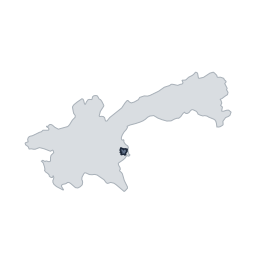 Xaythany, Vientiane [prefecture], Laos (highlighted), rotated 287°
{"feature_id": "54806243B16467343540184", "entity_name": "Xaythany", "entity_type": "district", "adm_level": 2, "iso_a3": "LAO", "parent_name": "Laos", "parent_adm1": "Vientiane [prefecture]", "projection": "mercator", "projection_center": [102.749, 18.15], "detail": "fine", "context": "in_parent", "style": "filled", "palette": "slate", "viewbox_px": 256, "rotation_deg": 287, "n_neighbors": 0, "source": "geoboundaries", "source_scale": "gbopen_adm2", "svg_char_len": 5215}
<svg xmlns="http://www.w3.org/2000/svg" viewBox="0 0 256 256"><g transform="rotate(287 128 128)"><path d="M91.5,36.8L92.7,38.9L98.1,44.7L99.0,46.2L101.0,47.4L102.6,52.5L103.3,52.8L104.2,52.5L104.9,51.8L105.4,49.8L105.8,49.6L106.4,51.2L107.9,51.7L108.6,52.4L108.8,53.6L108.6,54.9L107.3,57.8L106.5,61.7L111.8,70.0L114.0,71.1L119.3,72.5L122.8,74.3L124.5,73.9L126.1,71.8L128.0,70.7L131.5,68.9L132.5,68.8L134.5,69.5L137.7,71.6L142.5,75.4L142.4,76.5L141.5,77.5L138.9,79.0L138.0,80.0L138.6,80.4L140.7,80.6L143.3,81.5L144.0,82.5L144.5,84.8L144.9,85.2L147.3,85.0L148.0,85.3L148.9,86.0L149.7,87.9L149.7,89.4L147.3,91.9L147.1,93.4L145.8,95.2L142.6,98.2L141.8,98.4L135.8,96.7L131.1,96.9L130.7,97.6L131.5,99.4L131.7,101.2L131.0,102.6L128.3,104.3L128.2,105.1L128.7,105.9L132.7,107.5L145.3,116.1L151.0,117.8L153.6,118.9L154.2,119.5L154.2,120.2L153.5,121.2L153.0,122.9L153.0,123.9L153.6,124.8L154.6,126.3L158.1,129.6L160.7,130.3L163.4,134.1L164.2,137.3L165.5,139.4L172.1,146.5L177.6,150.8L180.8,155.4L182.4,156.5L182.9,158.2L183.3,163.1L185.2,165.5L185.6,166.5L186.4,167.2L187.3,167.4L189.2,165.8L189.6,166.0L190.5,168.6L191.3,169.5L194.2,171.1L197.2,174.2L198.9,175.3L201.0,176.2L201.2,177.2L200.9,178.2L200.2,178.8L196.6,180.6L196.2,181.4L198.5,185.4L204.4,190.3L206.3,193.2L205.9,194.6L204.3,197.5L203.0,198.2L202.7,199.1L203.6,201.5L203.5,205.0L202.4,205.9L201.3,208.1L200.6,208.3L198.8,207.5L195.0,211.2L193.4,211.0L191.4,213.2L189.0,213.4L187.3,211.9L183.7,209.3L182.4,207.8L181.2,209.1L179.3,210.4L176.6,210.0L175.9,211.8L175.4,212.2L172.1,212.5L171.5,212.8L172.0,214.5L174.0,217.4L174.5,219.1L173.3,221.9L170.0,221.8L168.5,220.7L166.5,218.3L162.2,216.8L159.3,217.9L158.5,217.8L156.3,215.9L155.5,214.6L155.0,212.7L158.3,211.2L160.0,210.1L161.1,208.8L161.5,207.5L162.0,202.1L162.5,200.2L162.3,197.8L161.4,196.0L161.4,193.2L161.8,190.9L163.1,189.8L164.0,188.2L164.5,184.6L164.1,183.6L162.9,182.7L160.8,181.9L159.5,180.8L158.9,179.5L159.0,178.4L159.6,177.4L158.0,176.3L154.3,175.1L152.2,173.7L151.7,172.0L150.1,169.8L147.4,167.1L146.0,163.1L145.9,158.0L146.2,153.8L147.4,149.0L145.8,145.4L144.0,143.6L141.6,142.2L139.3,140.3L137.1,137.7L134.5,134.0L131.4,129.0L129.4,126.7L128.3,127.3L126.1,126.8L122.7,125.3L119.8,124.6L117.3,124.4L115.6,124.8L114.9,125.5L114.8,126.3L115.4,127.0L115.1,127.6L113.8,128.0L112.7,128.9L111.5,130.7L110.7,133.1L109.5,134.0L107.5,134.2L105.6,134.9L103.8,136.1L102.9,136.9L103.0,137.5L102.6,137.7L101.7,137.3L101.2,136.6L101.3,135.3L100.3,134.5L98.4,134.0L96.2,132.7L91.9,129.3L91.0,129.1L89.6,130.0L87.8,131.9L86.3,132.7L85.1,132.3L84.2,133.0L83.6,134.7L82.4,136.1L76.7,139.8L71.6,144.6L70.3,145.1L67.2,143.7L66.2,142.8L70.4,133.0L71.1,130.6L70.9,127.4L69.1,124.8L69.1,124.0L69.3,123.2L71.5,120.2L74.0,112.3L73.9,109.8L72.8,107.2L72.2,104.6L72.7,101.1L72.5,99.7L71.3,99.1L67.4,98.4L65.1,98.9L64.1,99.9L62.8,100.5L60.3,100.8L58.0,99.6L56.0,97.6L55.6,95.2L58.0,89.8L58.6,87.8L58.5,86.8L58.1,85.8L57.5,85.7L56.3,84.4L55.1,82.2L53.9,81.2L52.8,81.4L51.9,82.3L50.2,84.3L49.7,84.1L51.1,76.7L52.5,73.6L54.1,72.1L55.8,71.5L57.6,71.7L59.1,71.5L60.3,70.7L60.2,70.3L58.7,70.2L58.2,69.3L58.5,67.8L59.1,66.7L60.1,66.3L61.0,64.7L61.9,62.0L63.0,60.6L64.3,60.6L66.6,59.4L69.8,57.1L71.0,54.9L72.2,56.0L71.7,58.5L72.4,59.1L72.7,60.0L72.5,61.4L72.8,62.6L73.2,63.2L73.9,63.5L77.3,62.5L79.4,62.4L82.7,64.2L84.7,62.9L84.8,62.3L83.1,60.6L83.6,54.1L83.4,49.1L80.6,45.5L80.1,44.0L79.8,41.6L79.0,39.6L81.0,37.9L82.0,34.9L83.4,34.1L83.9,34.3L85.6,36.5L87.7,35.4L89.4,35.4L90.8,36.0L91.5,36.8Z" fill="#d9dde1" stroke="#a8b0b8" stroke-width="1"/><path d="M101.9,133.5L102.0,133.5L102.2,133.4L102.3,133.4L102.5,133.2L102.8,133.1L103.0,133.1L103.4,133.1L103.7,133.2L104.3,133.4L104.6,133.5L104.8,133.7L105.0,133.8L105.1,134.0L105.1,133.9L105.3,133.9L105.5,133.8L105.5,133.7L105.9,133.4L106.0,133.3L106.2,133.5L106.3,133.5L106.5,133.4L106.4,133.4L106.5,133.4L106.6,133.5L106.8,133.6L106.7,133.6L106.8,133.5L107.0,133.5L106.9,133.5L107.0,133.5L107.0,133.4L107.3,133.2L107.5,133.1L107.4,132.7L107.3,132.4L107.2,132.2L107.1,131.9L107.1,131.7L107.3,131.6L107.3,131.4L107.2,131.2L106.9,130.9L106.8,130.6L106.8,130.2L106.7,129.8L106.5,129.7L106.5,129.8L106.4,129.8L106.4,129.7L106.5,129.7L106.4,129.7L106.5,129.6L106.6,129.3L106.5,129.1L106.7,128.9L106.6,128.7L106.6,128.4L106.6,128.1L106.7,127.9L106.8,127.8L106.8,127.7L106.9,127.4L106.9,127.1L106.7,127.0L106.6,126.9L106.4,126.9L106.2,126.9L105.8,127.1L105.6,127.2L105.3,127.1L105.2,127.0L104.8,126.9L104.7,126.9L104.7,127.0L104.4,127.2L104.3,127.3L104.3,127.5L104.2,127.6L104.1,127.8L103.8,127.8L103.5,127.8L103.5,128.0L103.4,128.0L103.2,128.0L103.0,127.9L102.9,127.9L102.9,128.0L102.8,127.9L102.7,127.9L102.4,127.8L102.3,128.0L102.2,128.2L102.1,128.3L102.0,128.5L102.0,128.4L102.0,128.5L101.9,128.5L102.0,128.5L102.0,128.8L101.9,128.9L101.9,129.0L102.0,129.1L101.9,129.1L101.7,129.1L101.4,129.1L101.2,129.3L101.0,129.2L100.9,129.1L100.7,129.1L100.6,129.3L100.6,129.5L100.8,129.7L100.9,129.8L101.0,129.9L101.0,130.1L101.2,130.5L101.3,130.7L101.5,131.1L101.6,131.3L101.7,131.5L101.7,131.8L101.7,132.0L101.5,132.3L101.4,132.5L101.3,132.8L101.5,133.0L101.6,132.9L101.7,133.0L101.8,133.1L101.8,133.3L101.8,133.5L101.9,133.5Z" fill="#64748b" stroke="#1e293b" stroke-width="1.5"/></g></svg>